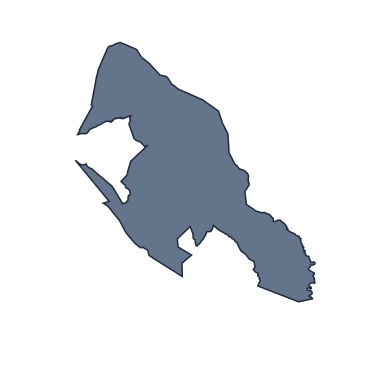 Santiago Tilantongo, Oaxaca, Mexico, rotated 314°
{"feature_id": "50627088B21759146894755", "entity_name": "Santiago Tilantongo", "entity_type": "district", "adm_level": 2, "iso_a3": "MEX", "parent_name": "Mexico", "parent_adm1": "Oaxaca", "projection": "orthographic", "projection_center": [-97.358, 17.197], "detail": "fine", "context": "isolated", "style": "filled", "palette": "slate", "viewbox_px": 384, "rotation_deg": 314, "n_neighbors": 0, "source": "geoboundaries", "source_scale": "gbopen_adm2", "svg_char_len": 5978}
<svg xmlns="http://www.w3.org/2000/svg" viewBox="0 0 384 384"><g transform="rotate(314 192 192)"><path d="M133.8,86.0L127.7,138.8L122.3,135.9L123.4,141.1L121.1,159.8L116.8,172.9L115.6,184.9L115.4,187.2L115.7,188.4L115.8,190.1L115.7,190.8L115.9,191.9L116.0,192.9L116.2,193.6L116.6,194.2L117.2,194.7L118.0,195.0L118.4,195.5L118.3,196.2L118.4,196.9L118.8,198.1L119.1,199.3L119.4,200.6L118.9,201.5L118.0,202.7L116.9,204.8L116.6,205.1L117.3,209.6L124.5,243.7L133.8,234.3L146.3,235.5L142.8,220.2L148.0,214.0L158.0,214.4L165.9,214.7L162.4,222.1L161.7,222.6L161.1,223.4L160.5,224.0L159.8,224.7L159.4,225.4L159.5,226.1L159.6,226.8L159.6,227.5L158.8,228.4L158.4,229.0L157.8,229.7L157.4,230.4L156.9,231.2L156.4,231.9L156.3,232.7L157.2,233.3L158.2,233.0L159.7,233.4L161.1,233.2L162.8,232.8L163.9,232.9L164.8,232.7L166.4,232.8L167.3,232.4L168.2,232.2L168.9,232.0L169.5,231.9L170.3,231.5L171.9,231.2L172.7,230.6L173.3,230.3L174.4,230.8L175.3,231.7L175.7,232.3L176.8,232.9L177.5,232.8L178.2,232.6L179.0,232.5L180.0,232.2L181.0,231.7L181.7,231.1L183.0,230.7L183.0,233.3L183.1,236.2L183.3,237.6L183.8,239.7L184.5,242.2L185.1,245.1L185.7,246.9L186.1,247.9L185.7,248.6L185.5,249.2L185.9,250.1L186.3,250.7L186.8,251.0L186.6,252.2L186.2,253.1L186.8,254.3L186.9,255.7L186.6,256.8L186.4,257.8L186.7,258.7L186.7,259.8L186.1,260.9L183.6,268.0L184.4,274.2L184.1,275.6L183.6,280.0L185.0,285.1L181.7,289.4L178.8,289.9L179.0,290.9L178.6,291.6L178.4,292.3L178.5,293.0L178.6,293.7L179.1,294.7L179.3,295.9L179.0,296.5L178.3,296.8L177.5,297.4L177.3,298.3L177.5,299.1L177.1,300.2L176.5,300.7L176.0,301.2L175.8,302.1L175.5,302.8L174.6,303.0L173.9,303.2L173.0,303.5L171.9,304.0L170.1,304.6L187.1,345.0L198.9,352.9L199.0,352.3L199.3,351.7L199.2,351.0L198.6,349.6L198.5,348.6L198.8,348.3L200.4,348.9L202.0,349.1L202.9,348.5L203.5,347.2L203.5,345.8L202.8,344.7L201.8,343.6L201.7,342.8L202.2,342.1L203.0,342.0L203.8,342.2L204.5,343.3L204.5,343.9L204.9,344.5L205.4,344.9L205.8,344.6L206.1,344.1L206.0,342.9L205.9,341.9L206.3,340.9L206.9,340.6L208.4,340.5L209.8,341.4L210.8,342.2L211.0,342.9L211.9,343.5L212.4,343.3L212.7,342.5L213.4,341.4L214.1,340.8L214.7,340.4L215.0,339.7L215.2,338.8L215.3,338.2L215.7,337.5L216.2,337.1L217.8,337.0L218.6,336.2L218.0,333.9L217.6,332.6L217.5,331.2L217.1,330.4L216.9,329.9L217.0,329.6L217.7,329.1L218.6,329.1L219.5,329.0L220.7,328.8L221.9,328.4L222.5,328.5L223.1,329.3L223.6,329.7L224.3,330.1L225.2,330.4L226.3,330.0L226.5,329.1L226.4,328.3L226.0,327.8L225.2,327.7L224.6,327.4L224.2,326.8L224.2,326.2L224.4,325.7L225.1,324.7L225.3,323.4L225.9,321.8L226.7,321.2L226.7,320.5L226.4,320.1L225.9,319.5L225.9,318.8L225.5,318.3L225.6,317.4L226.4,316.8L226.5,315.8L227.4,314.9L227.1,314.2L228.2,313.9L227.5,313.1L228.3,312.5L229.0,310.8L229.6,310.9L229.5,310.0L230.2,309.4L230.4,308.1L231.0,307.5L230.9,306.3L231.8,305.0L232.6,303.9L233.4,303.2L234.2,302.5L233.3,301.2L234.5,300.1L233.7,298.0L232.8,296.4L233.3,295.1L231.2,289.3L231.4,287.3L231.9,286.6L231.2,286.5L231.1,286.1L231.5,285.9L231.5,285.4L232.7,284.8L233.3,281.9L233.4,279.0L232.8,276.5L233.3,275.6L231.3,273.2L229.9,272.9L228.9,272.3L227.9,271.9L227.5,271.5L227.5,271.0L227.7,270.4L228.1,270.1L229.0,269.3L229.2,268.9L229.4,268.5L229.6,268.1L229.4,267.5L229.2,266.7L229.6,265.8L229.4,265.2L229.5,264.7L229.7,264.0L229.6,263.3L229.3,262.4L228.8,261.8L228.5,261.3L228.3,261.0L228.4,260.5L228.4,260.2L228.0,259.8L227.8,259.3L227.7,258.7L227.6,258.1L227.1,257.7L226.7,257.5L226.2,257.3L225.9,256.9L225.2,256.2L225.1,255.8L224.6,254.6L224.2,254.2L223.8,253.6L223.2,251.8L223.0,251.5L222.6,251.2L222.4,250.7L222.3,250.3L222.5,249.4L221.5,243.5L220.8,239.8L229.2,229.6L236.5,228.3L237.8,227.3L237.9,226.6L238.3,225.9L238.9,225.1L239.3,224.4L240.2,223.6L241.4,222.6L242.4,222.0L243.4,220.5L243.7,219.7L243.8,218.9L243.9,217.8L243.9,216.8L243.8,215.9L243.3,213.7L243.0,212.7L242.4,212.0L242.1,211.0L241.7,210.1L241.6,208.9L241.8,208.0L241.8,207.3L242.0,206.8L242.2,206.4L241.9,205.7L241.9,205.3L242.0,204.1L241.9,203.3L246.2,190.8L248.3,188.9L258.8,177.4L262.7,166.1L268.6,154.9L265.7,135.8L260.0,120.1L256.5,110.8L255.6,102.1L257.0,96.1L257.3,93.4L253.9,87.8L254.8,71.9L253.8,62.1L256.0,53.4L255.0,50.2L251.1,40.0L249.6,36.3L247.9,35.5L246.6,34.6L245.4,34.1L243.9,33.6L242.4,33.3L241.2,32.6L240.1,31.7L238.5,31.1L236.3,31.5L214.7,39.7L211.1,41.9L208.7,43.2L206.9,44.4L203.6,46.6L194.8,52.4L191.0,54.9L186.3,58.0L184.5,59.3L184.7,60.8L158.7,67.8L158.9,68.5L154.6,69.5L153.8,69.8L154.5,70.4L155.9,71.0L157.6,72.1L158.7,73.6L160.1,75.0L161.6,75.7L163.3,75.4L165.9,75.0L167.6,75.6L168.9,76.1L170.9,76.9L172.1,77.6L173.7,77.9L175.1,78.5L176.7,79.2L177.7,79.5L179.3,79.6L180.4,80.2L181.7,80.5L183.1,81.0L184.3,82.4L185.4,83.7L186.5,84.2L186.0,85.2L188.5,85.6L189.1,85.2L189.7,85.1L190.1,85.2L191.1,85.6L191.4,85.7L191.9,85.7L192.0,86.0L192.0,86.3L192.1,86.6L192.4,86.7L192.7,86.8L193.0,87.0L193.3,87.1L193.6,87.1L193.8,87.3L194.0,87.9L194.2,88.0L194.4,88.0L194.7,88.1L194.9,88.6L195.3,88.9L195.3,89.2L195.4,89.5L195.7,89.5L196.2,89.2L196.4,89.2L196.4,89.5L196.3,89.8L196.5,90.0L196.6,90.3L196.4,90.7L196.3,90.9L197.2,91.6L198.4,92.3L200.3,92.8L201.7,93.6L202.8,94.3L204.0,94.8L202.7,95.1L201.8,96.2L200.8,97.6L199.8,98.5L197.8,98.9L196.5,100.4L191.8,110.2L190.1,113.2L190.3,114.5L190.3,115.8L190.9,117.4L191.4,118.7L192.1,119.7L191.9,126.8L195.0,127.6L188.4,127.4L178.5,126.9L171.6,126.6L168.4,128.2L164.8,130.1L161.5,131.8L160.1,133.2L156.9,133.6L150.3,133.6L150.2,134.5L150.2,136.0L150.2,137.0L150.4,138.0L150.7,139.0L150.1,139.9L149.4,140.6L149.1,142.0L149.7,143.1L149.9,145.9L149.2,146.7L148.5,147.9L146.9,149.3L145.7,148.8L144.5,149.1L143.4,150.1L142.8,150.5L142.4,151.0L141.4,151.8L140.6,151.7L139.7,151.7L138.8,152.0L137.7,151.6L136.6,150.6L136.0,150.3L135.4,150.2L139.9,133.6L140.3,131.8L140.6,129.8L140.0,119.7L139.2,108.9L139.3,106.8L139.1,105.2L139.1,103.6L138.4,102.5L138.0,100.7L137.8,99.2L137.9,97.9L138.6,96.4L136.0,95.0L135.3,94.4L134.6,93.1L134.0,90.5L133.8,86.0Z" fill="#64748b" stroke="#1e293b" stroke-width="1.5"/></g></svg>